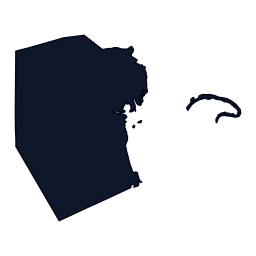 East Malaita, Malaita, Solomon Islands
{"feature_id": "97153195B67887401050589", "entity_name": "East Malaita", "entity_type": "district", "adm_level": 2, "iso_a3": "SLB", "parent_name": "Solomon Islands", "parent_adm1": "Malaita", "projection": "albers", "projection_center": [160.97, -8.778], "detail": "fine", "context": "isolated", "style": "filled", "palette": "ink", "viewbox_px": 256, "rotation_deg": 0, "n_neighbors": 0, "source": "geoboundaries", "source_scale": "gbopen_adm2", "svg_char_len": 5889}
<svg xmlns="http://www.w3.org/2000/svg" viewBox="0 0 256 256"><path d="M84.1,35.4L63.4,38.0L29.7,47.7L15.9,51.2L15.7,77.1L15.4,112.3L15.6,131.6L16.0,139.9L16.0,146.4L59.2,220.6L89.8,206.3L95.6,203.8L130.5,187.6L131.4,184.4L133.8,184.4L134.6,185.7L134.1,186.9L138.0,185.8L138.5,184.5L137.7,182.7L138.6,182.7L138.3,181.6L137.5,181.7L137.1,181.1L138.7,180.2L140.5,182.4L141.4,182.0L140.1,180.9L139.0,179.4L138.5,177.8L138.5,177.2L138.4,176.6L137.6,174.8L137.6,173.8L137.2,172.8L136.6,172.3L135.6,172.2L134.8,172.3L134.2,172.6L133.6,172.5L133.0,172.3L132.4,171.6L131.4,168.4L129.6,163.7L128.0,156.7L126.4,151.0L125.9,147.4L125.5,147.1L125.3,146.8L125.4,145.0L127.1,140.4L127.4,138.9L127.4,136.6L126.6,134.1L126.5,132.1L125.4,130.0L125.3,129.4L125.5,128.8L124.9,128.0L124.6,127.1L124.9,125.2L124.7,124.0L124.3,123.6L124.3,123.4L124.7,122.8L125.7,122.3L126.0,121.7L124.9,121.5L124.8,120.2L124.4,119.6L124.4,119.0L124.7,118.6L124.6,118.0L125.4,118.3L125.9,118.1L126.3,117.7L126.5,117.3L126.5,116.3L125.8,115.5L124.4,114.5L123.2,114.5L122.3,114.3L121.6,113.0L120.6,112.9L119.5,113.2L118.6,114.0L118.4,113.6L117.4,113.5L116.8,113.1L115.2,112.8L114.6,112.6L112.8,110.9L113.0,110.7L114.6,111.4L116.3,110.8L118.0,111.7L118.8,111.6L120.4,112.0L121.6,112.0L123.3,112.3L124.2,112.2L124.6,111.6L124.9,111.6L124.9,111.2L124.3,110.5L122.9,110.0L121.9,109.9L121.8,108.9L122.3,108.3L123.1,107.9L123.4,107.5L123.1,106.7L122.7,106.3L123.3,105.7L124.4,105.4L124.7,105.1L124.7,103.6L124.4,102.8L124.7,102.1L125.1,102.4L125.5,103.0L127.2,104.0L128.1,103.6L128.7,103.7L128.9,103.4L129.3,103.5L130.0,104.2L130.2,104.8L131.0,105.3L130.8,105.7L130.7,106.1L131.4,107.9L130.7,109.5L130.6,110.5L129.8,111.1L129.7,111.7L132.0,111.6L132.1,111.4L132.0,111.2L132.7,111.3L132.9,111.2L133.0,110.9L132.8,110.6L132.4,110.7L132.2,110.4L131.9,109.1L132.0,108.4L135.4,110.9L135.6,110.1L134.9,108.8L135.2,108.0L135.2,106.7L134.6,104.0L134.2,103.6L134.1,103.2L133.6,103.0L133.8,102.4L132.8,98.8L133.1,98.5L133.4,98.6L134.2,98.4L135.1,99.1L135.2,100.2L136.4,102.6L137.3,103.9L137.7,104.1L138.4,105.0L138.7,105.0L139.4,103.8L139.7,101.5L139.8,99.7L139.4,98.6L139.6,97.7L139.5,96.8L140.2,95.0L140.6,94.8L141.5,93.7L141.9,92.5L143.6,90.7L143.4,89.6L143.6,89.4L144.3,90.5L144.6,91.0L144.6,91.5L143.8,92.5L142.6,92.7L142.0,92.9L141.1,94.9L142.1,95.3L143.0,96.1L143.4,96.1L143.9,95.7L144.1,95.5L144.0,95.1L144.3,95.0L144.6,94.5L144.6,93.8L145.2,93.6L145.3,93.3L145.8,93.0L146.4,92.8L146.5,92.4L146.9,92.3L147.3,91.7L147.2,89.9L146.5,89.5L146.5,89.3L146.8,89.4L146.8,88.9L146.5,88.8L146.6,87.3L146.4,86.3L146.6,85.1L146.3,84.6L146.1,83.6L146.2,83.0L146.4,83.1L146.1,82.3L146.3,81.9L146.1,80.0L146.4,78.8L146.5,77.3L146.8,77.1L146.8,76.7L146.5,76.4L146.5,75.6L146.1,75.1L146.1,74.4L145.8,73.8L146.2,73.0L145.9,72.5L145.8,71.9L145.5,71.5L145.3,70.6L144.8,70.2L144.7,68.8L145.1,68.0L145.0,67.0L144.4,66.6L143.3,66.5L142.8,66.3L142.4,65.9L142.1,65.0L141.6,65.0L141.2,65.4L140.7,65.5L138.9,64.5L138.7,64.2L136.3,63.6L136.0,63.2L135.9,61.5L136.8,60.8L137.0,60.0L133.6,57.7L131.5,56.6L131.1,55.1L131.3,53.9L132.5,52.3L133.4,50.5L133.3,49.2L131.9,46.9L131.1,46.6L127.9,48.9L126.2,49.3L121.7,49.1L117.5,47.8L114.3,47.7L111.4,48.6L107.5,48.7L103.0,49.6L101.5,49.0L84.1,35.4ZM240.6,112.1L240.0,109.4L236.3,105.0L235.2,103.9L232.4,101.7L228.9,99.7L227.4,99.0L224.7,98.2L218.8,97.3L217.3,96.8L215.6,96.0L213.7,95.4L209.6,94.6L206.6,94.8L204.1,94.7L203.2,94.5L201.9,95.0L200.4,95.2L199.4,95.9L199.0,96.4L199.2,97.0L197.7,98.6L197.3,98.9L194.4,99.8L193.0,100.7L192.8,101.1L192.6,100.9L192.1,100.8L192.4,101.3L192.3,101.5L192.1,101.4L191.9,102.0L189.6,104.2L188.5,105.7L187.5,106.6L186.7,108.0L186.8,108.3L187.6,109.1L187.7,110.1L187.8,110.2L191.8,104.5L196.2,101.3L199.7,99.5L202.5,98.9L203.2,98.5L204.5,98.2L207.2,98.3L206.6,98.6L206.7,99.0L207.2,98.9L207.6,98.4L208.3,99.0L209.4,99.3L210.1,98.9L210.1,98.6L210.3,98.5L210.6,98.6L211.1,98.0L212.3,97.9L215.7,98.6L215.7,98.8L215.2,98.7L215.4,99.0L217.7,99.5L218.1,99.2L221.1,100.0L223.9,101.2L223.9,101.4L224.0,101.6L224.3,101.7L224.5,101.4L224.8,101.3L229.9,103.0L230.9,103.7L231.4,104.6L232.0,104.4L232.0,104.7L232.3,104.7L232.5,105.0L232.9,104.9L233.5,105.4L233.4,106.2L233.9,106.6L233.9,106.3L233.7,106.1L233.8,105.7L234.1,106.3L234.5,106.2L234.8,106.6L235.3,106.8L235.1,107.0L235.3,107.4L235.0,107.2L234.9,106.9L234.9,107.5L235.4,107.7L235.9,107.6L236.3,107.8L236.7,108.8L237.2,109.3L237.3,109.9L238.0,110.2L238.4,110.8L238.2,110.9L238.3,111.5L238.1,111.7L238.2,111.9L238.1,112.7L237.6,113.1L237.7,114.2L237.1,114.9L235.7,115.5L234.8,115.5L233.2,113.8L233.0,114.0L233.6,114.6L233.4,114.7L233.6,115.0L233.4,115.2L233.1,115.1L232.0,113.9L231.6,114.0L231.5,114.4L229.6,113.9L229.4,113.7L229.2,114.0L228.5,113.3L226.3,113.1L226.1,113.3L225.5,112.7L225.5,113.0L225.4,113.0L225.0,112.6L222.5,112.9L220.5,113.6L218.2,115.1L217.4,117.1L216.4,118.6L216.1,119.7L216.1,120.4L216.2,122.1L216.5,122.4L217.2,121.5L217.7,119.4L218.4,118.1L219.6,116.6L220.9,115.8L223.8,115.4L226.0,115.5L230.7,116.2L234.8,117.0L236.8,116.9L238.9,116.2L239.3,115.8L240.1,114.4L240.6,112.8L240.6,112.1ZM142.9,100.7L142.6,99.9L141.8,99.3L140.8,99.4L140.4,99.8L140.0,102.4L140.1,103.4L139.7,104.6L140.1,105.3L140.4,105.2L140.7,104.8L141.3,104.2L141.1,103.5L140.6,103.2L142.0,102.4L142.9,100.7ZM141.4,121.3L141.2,120.8L140.9,120.7L138.1,122.4L138.4,122.6L139.0,122.7L140.6,122.5L141.0,122.1L141.4,121.3ZM142.0,95.9L141.7,95.3L140.9,95.5L140.7,96.5L140.0,97.3L140.1,97.6L141.1,97.8L141.6,97.6L141.9,96.6L142.0,95.9ZM193.9,98.1L193.7,97.8L192.9,97.6L192.5,98.3L192.3,98.3L191.1,99.3L190.8,99.8L191.0,100.1L191.0,100.6L191.5,100.0L191.6,99.6L192.0,99.0L192.4,98.8L193.1,99.1L193.8,98.6L193.9,98.1ZM134.6,126.0L133.6,125.4L132.8,127.0L133.1,127.5L134.1,127.6L134.3,127.4L134.3,127.0L134.6,126.0ZM142.6,97.8L142.1,97.3L141.8,97.3L141.5,97.9L141.7,98.3L142.0,98.4L142.5,98.2L142.6,97.8Z" fill="#0f172a" stroke="#020617" stroke-width="1.5"/></svg>